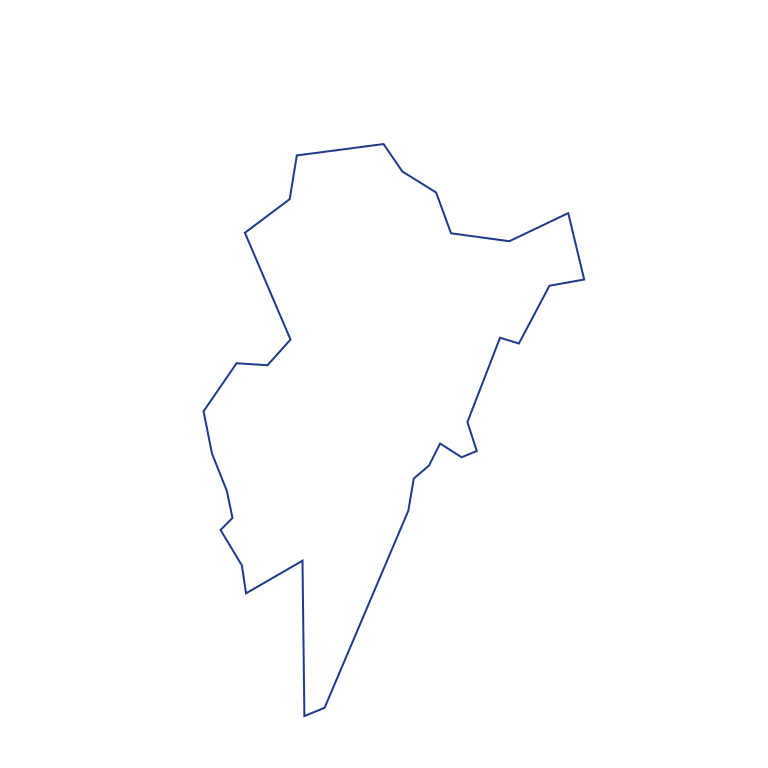 the district of Bagdad, Ferghana, Uzbekistan, rotated 327°
{"feature_id": "79887680B98811003326112", "entity_name": "Bagdad", "entity_type": "district", "adm_level": 2, "iso_a3": "UZB", "parent_name": "Uzbekistan", "parent_adm1": "Ferghana", "projection": "equal_earth", "projection_center": [71.205, 40.489], "detail": "fine", "context": "isolated", "style": "outline", "palette": "blue", "viewbox_px": 768, "rotation_deg": 327, "n_neighbors": 0, "source": "geoboundaries", "source_scale": "gbopen_adm2", "svg_char_len": 586}
<svg xmlns="http://www.w3.org/2000/svg" viewBox="0 0 768 768"><g transform="rotate(327 384 384)"><path d="M608.8,405.4L631.6,341.0L566.8,332.5L522.3,294.1L532.0,251.8L515.1,215.7L514.3,182.5L435.4,144.8L405.6,177.6L349.7,181.4L338.3,246.8L329.8,295.8L296.5,304.8L271.7,286.3L217.8,308.6L201.8,348.8L194.0,388.0L184.0,413.8L167.4,417.4L166.0,458.8L154.3,484.4L219.4,487.8L136.4,619.1L157.8,623.2L335.4,503.5L357.5,479.5L377.3,476.9L398.6,464.5L409.2,487.7L425.3,490.7L433.2,461.4L506.5,408.4L519.2,423.5L576.3,391.7L608.8,405.4Z" fill="none" stroke="#1e3a8a" stroke-width="2"/></g></svg>